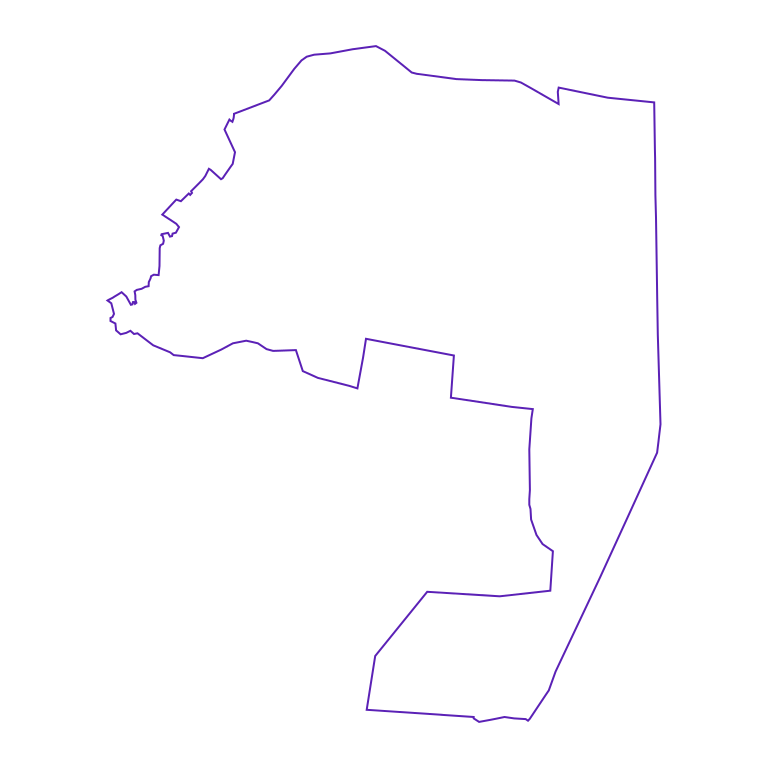 the district of Municipal Area Council, Federal Capital Territory, Nigeria
{"feature_id": "59680162B38183120701356", "entity_name": "Municipal Area Council", "entity_type": "district", "adm_level": 2, "iso_a3": "NGA", "parent_name": "Nigeria", "parent_adm1": "Federal Capital Territory", "projection": "natural_earth1", "projection_center": [7.293, 8.887], "detail": "fine", "context": "isolated", "style": "outline", "palette": "violet", "viewbox_px": 768, "rotation_deg": 0, "n_neighbors": 0, "source": "geoboundaries", "source_scale": "gbopen_adm2", "svg_char_len": 2300}
<svg xmlns="http://www.w3.org/2000/svg" viewBox="0 0 768 768"><path d="M613.4,548.3L627.3,518.0L657.1,452.7L658.5,441.3L659.3,434.3L660.5,424.3L657.8,334.6L657.7,328.4L657.2,298.0L657.0,283.9L656.0,217.6L655.4,195.2L655.1,158.2L654.9,149.1L654.2,102.4L607.8,97.7L558.7,87.6L557.8,91.9L558.4,100.4L558.6,104.0L530.2,87.7L520.9,82.5L514.5,80.6L481.6,80.1L456.4,79.1L416.7,73.8L411.7,72.5L398.3,61.6L385.0,50.8L376.0,46.1L362.6,47.9L353.8,49.1L353.4,49.1L330.3,53.4L314.1,54.7L306.7,56.7L301.5,60.4L294.3,68.8L281.7,85.9L274.3,94.7L269.2,100.4L261.3,103.4L234.0,113.8L234.0,114.9L233.7,117.6L233.4,118.9L232.4,121.8L230.7,120.7L229.6,119.8L229.4,119.6L224.5,129.5L235.0,152.2L232.7,163.9L230.8,166.5L225.2,174.5L222.7,178.2L221.0,179.2L212.6,171.6L210.7,169.9L208.9,168.8L205.3,176.0L202.9,179.3L198.1,184.2L194.0,188.3L191.1,191.2L192.0,192.9L190.2,194.9L188.8,193.5L180.9,201.2L176.3,199.6L175.8,200.1L162.3,214.6L176.3,223.8L179.0,227.1L175.9,232.7L172.6,233.6L172.0,236.1L170.0,236.6L168.0,232.9L161.6,234.2L161.3,235.2L162.7,236.0L163.8,240.7L163.1,243.8L160.4,245.3L159.7,248.1L159.5,266.0L158.6,275.1L153.8,274.7L151.1,276.2L150.5,278.5L148.8,282.1L148.6,286.2L145.3,286.8L141.6,288.8L136.8,289.9L134.6,291.4L135.3,295.1L135.4,299.7L136.4,302.8L135.0,303.9L134.0,302.0L132.9,302.1L132.4,304.4L130.9,304.8L126.3,296.5L121.6,292.2L118.3,294.3L115.8,295.8L114.3,296.7L112.8,297.7L108.3,300.0L107.5,300.5L109.3,301.8L111.3,303.3L114.0,313.9L112.5,317.0L110.5,318.0L110.5,321.0L115.4,323.5L116.1,330.4L118.1,332.1L120.6,334.3L126.2,332.9L130.4,330.8L134.0,334.0L137.5,333.3L153.2,345.3L170.1,352.3L173.7,355.1L181.5,355.9L202.8,358.2L221.4,349.5L232.9,343.3L246.2,340.7L252.3,342.0L257.9,343.3L266.5,349.1L273.1,350.9L279.3,350.7L295.9,350.1L302.8,371.1L317.9,377.9L349.4,385.9L357.4,388.4L363.1,357.4L366.0,338.8L453.9,355.5L450.9,397.7L511.8,406.9L532.8,409.1L531.4,418.4L529.3,449.4L529.9,490.0L529.3,499.2L529.3,504.8L530.3,508.3L530.5,509.0L531.1,519.5L536.5,535.0L542.6,544.1L552.9,551.2L550.3,590.7L499.7,596.3L427.2,591.8L375.2,656.0L366.7,709.8L473.7,717.0L473.7,718.4L479.1,721.9L490.6,719.8L496.7,718.6L504.5,717.0L514.2,718.4L525.7,719.1L528.0,720.7L529.8,718.8L536.2,709.2L545.6,695.1L548.8,690.4L555.6,671.5L600.2,577.1L613.4,548.3Z" fill="none" stroke="#5b21b6" stroke-width="2"/></svg>